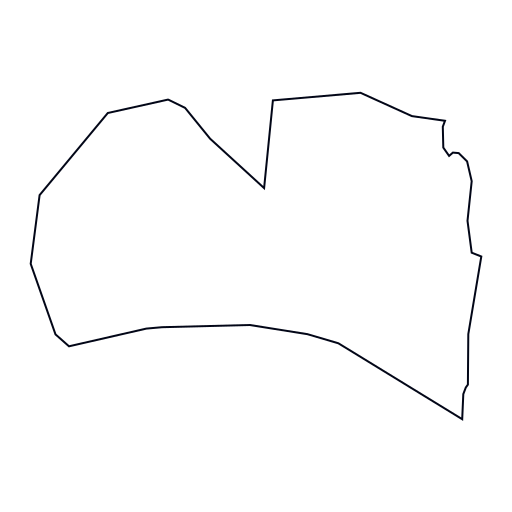 outline of Alexandria, Virginia, United States of America
{"feature_id": "52423323B39569682722717", "entity_name": "Alexandria", "entity_type": "district", "adm_level": 2, "iso_a3": "USA", "parent_name": "United States of America", "parent_adm1": "Virginia", "projection": "equal_earth", "projection_center": [-77.073, 38.815], "detail": "fine", "context": "isolated", "style": "outline", "palette": "ink", "viewbox_px": 512, "rotation_deg": 0, "n_neighbors": 0, "source": "geoboundaries", "source_scale": "gbopen_adm2", "svg_char_len": 552}
<svg xmlns="http://www.w3.org/2000/svg" viewBox="0 0 512 512"><path d="M445.0,120.8L411.9,116.1L360.5,92.8L272.9,100.4L264.1,188.1L210.1,138.7L185.1,107.9L168.6,99.8L168.0,99.6L107.8,113.0L39.6,195.1L30.7,263.8L55.5,334.4L69.0,346.3L146.3,328.6L162.1,327.2L249.8,325.0L306.3,334.0L307.2,334.1L338.4,343.3L462.2,419.2L463.3,394.1L465.8,387.5L467.9,384.6L468.3,334.1L481.3,256.5L471.7,252.7L467.5,220.8L471.7,181.2L467.1,161.4L458.7,153.1L452.9,152.6L449.1,155.9L443.3,147.6L442.8,126.7L445.0,120.8Z" fill="none" stroke="#020617" stroke-width="2"/></svg>